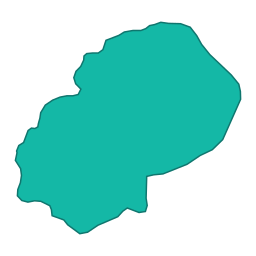 map outline of Al Dali' (orthographic projection)
{"feature_id": "YEM-334", "entity_name": "Al Dali'", "entity_type": "Governorate", "adm_level": 1, "iso_a3": "YEM", "parent_name": "Yemen", "parent_adm1": "", "projection": "orthographic", "projection_center": [44.704, 13.869], "detail": "fine", "context": "isolated", "style": "filled", "palette": "teal", "viewbox_px": 256, "rotation_deg": 0, "n_neighbors": 0, "source": "natural_earth", "source_scale": "10m", "svg_char_len": 1012}
<svg xmlns="http://www.w3.org/2000/svg" viewBox="0 0 256 256"><path d="M160.8,22.3L168.6,23.4L180.6,23.7L190.2,27.2L196.7,35.6L201.6,44.4L209.8,54.6L231.3,75.0L238.8,84.2L240.4,91.5L240.6,99.3L222.7,139.6L212.3,149.7L200.1,155.5L187.2,164.2L163.0,173.9L153.7,174.8L146.7,176.4L146.1,198.2L147.2,205.5L145.4,211.5L139.0,212.5L127.3,208.0L122.9,211.1L117.8,216.7L98.0,225.2L87.6,232.2L79.8,233.7L67.7,224.8L63.8,219.9L52.1,215.7L51.4,209.6L49.8,205.7L40.8,201.3L34.5,200.8L27.9,202.1L21.8,200.5L17.4,195.8L17.8,189.6L20.4,182.7L21.5,175.4L20.6,168.6L15.4,160.4L17.0,152.8L16.6,151.0L18.8,145.5L23.6,142.5L28.1,130.5L31.4,128.1L35.0,128.5L37.8,126.9L38.4,123.5L39.9,118.2L40.7,112.7L45.3,105.1L52.7,100.1L60.1,97.1L67.0,95.8L72.8,95.8L78.2,94.5L80.9,89.1L75.7,83.8L73.8,77.7L76.0,71.3L80.7,66.5L83.7,60.1L84.0,56.0L86.7,53.6L92.7,53.0L98.3,53.0L102.9,49.7L106.0,40.3L118.8,35.4L124.3,32.0L132.9,30.5L140.9,30.5L145.8,28.6L149.6,25.6L154.5,24.6L160.8,22.3Z" fill="#14b8a6" stroke="#0f766e" stroke-width="1.5"/></svg>